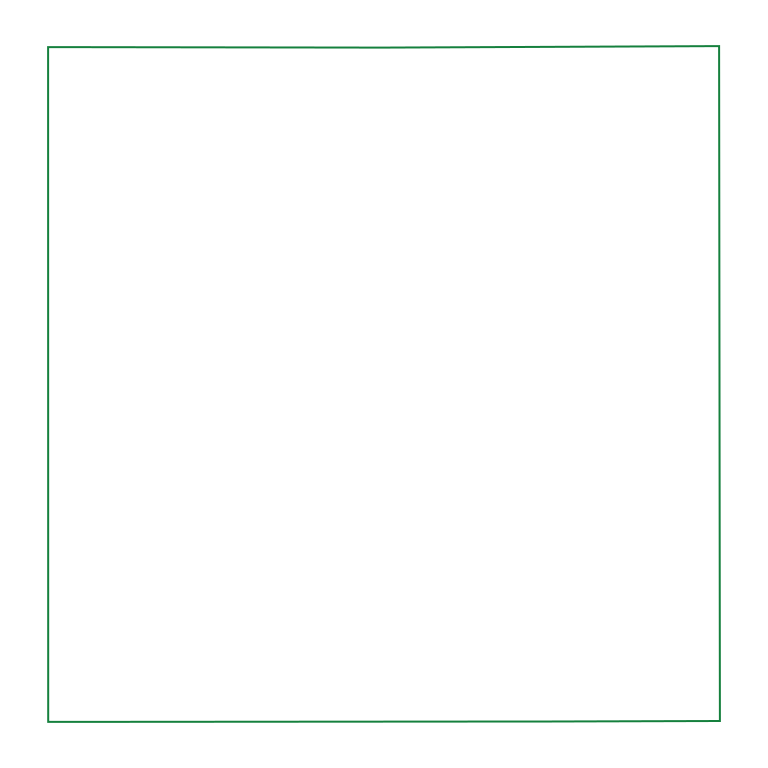 the district of Greene, Iowa, United States of America
{"feature_id": "52423323B94777339307314", "entity_name": "Greene", "entity_type": "district", "adm_level": 2, "iso_a3": "USA", "parent_name": "United States of America", "parent_adm1": "Iowa", "projection": "mercator", "projection_center": [-94.413, 42.036], "detail": "fine", "context": "isolated", "style": "outline", "palette": "green", "viewbox_px": 768, "rotation_deg": 0, "n_neighbors": 0, "source": "geoboundaries", "source_scale": "gbopen_adm2", "svg_char_len": 204}
<svg xmlns="http://www.w3.org/2000/svg" viewBox="0 0 768 768"><path d="M48.1,47.1L48.2,721.9L551.9,721.5L719.9,721.0L719.1,46.1L382.5,47.6L48.1,47.1Z" fill="none" stroke="#15803d" stroke-width="2"/></svg>